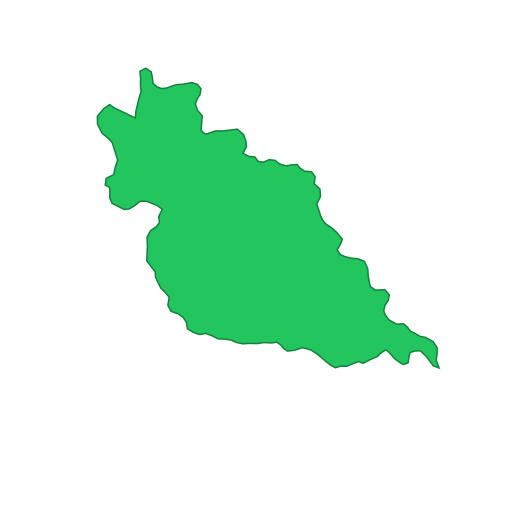 Munhoz, Minas Gerais, Brazil (Mercator projection), rotated 41°
{"feature_id": "56859067B13523271218385", "entity_name": "Munhoz", "entity_type": "district", "adm_level": 2, "iso_a3": "BRA", "parent_name": "Brazil", "parent_adm1": "Minas Gerais", "projection": "mercator", "projection_center": [-46.3, -22.635], "detail": "fine", "context": "isolated", "style": "filled", "palette": "green", "viewbox_px": 512, "rotation_deg": 41, "n_neighbors": 0, "source": "geoboundaries", "source_scale": "gbopen_adm2", "svg_char_len": 2392}
<svg xmlns="http://www.w3.org/2000/svg" viewBox="0 0 512 512"><g transform="rotate(41 256 256)"><path d="M49.6,186.6L47.2,192.8L52.4,197.7L56.7,202.8L61.4,207.4L64.7,214.7L70.3,225.4L74.4,231.0L58.7,235.3L51.9,237.2L46.2,237.7L44.4,244.3L44.6,254.6L49.9,260.5L59.4,264.3L67.9,264.1L73.2,264.8L88.7,274.4L91.9,282.2L95.2,287.9L92.0,295.7L95.7,301.4L100.5,300.3L104.0,303.9L107.7,308.3L112.9,310.7L119.5,309.0L126.0,307.4L129.5,303.6L131.5,297.2L132.7,290.6L137.5,286.5L141.9,284.9L148.5,282.7L154.6,282.2L156.7,290.1L161.2,294.1L161.5,299.8L159.7,306.0L161.5,313.4L167.4,319.6L171.7,325.0L176.7,331.3L184.0,332.9L190.4,334.2L193.9,337.8L199.8,340.5L205.2,342.7L210.3,342.9L217.5,344.1L221.8,351.0L228.2,353.5L235.4,350.7L241.3,350.2L246.9,351.6L252.0,356.0L258.7,354.8L264.8,352.4L268.8,347.5L275.0,345.1L281.8,343.4L286.7,339.4L292.3,335.8L297.7,334.2L303.5,331.0L308.8,325.9L314.5,321.2L318.6,316.3L324.8,311.4L328.3,307.4L333.0,306.9L337.5,307.7L342.1,307.1L346.8,302.0L351.3,294.6L359.1,290.9L367.0,289.8L374.5,289.8L383.6,289.5L389.3,288.2L392.0,283.8L396.8,279.7L399.8,273.7L402.6,268.4L407.3,266.7L410.1,259.4L413.6,252.2L413.9,247.2L415.6,241.5L421.1,241.5L427.8,242.6L433.6,242.1L438.3,241.3L440.9,236.9L437.9,232.1L435.6,227.7L438.3,223.4L442.3,219.7L450.3,220.1L457.1,221.5L461.8,222.6L467.6,220.4L460.4,216.4L456.4,210.4L452.9,206.4L445.8,204.4L437.1,206.3L432.6,209.0L426.8,210.1L421.8,211.4L417.1,210.4L411.8,210.4L406.8,215.2L398.6,216.9L392.5,215.8L388.2,213.4L385.6,208.2L385.0,202.8L382.1,197.9L375.3,196.9L368.6,203.3L362.3,204.1L357.3,200.3L353.4,197.1L349.0,192.5L341.5,188.9L334.8,191.2L329.5,195.0L324.0,197.9L319.0,199.6L313.2,198.1L312.0,191.5L310.1,186.6L305.5,186.0L300.8,185.2L294.2,185.2L287.8,186.0L282.2,185.1L277.5,182.7L273.2,180.1L267.7,176.8L265.6,168.7L260.3,163.5L252.7,163.3L248.5,157.3L242.5,156.0L237.3,160.0L231.9,160.8L227.0,160.0L223.0,164.0L219.7,168.1L213.4,171.1L207.7,171.3L202.7,174.7L200.0,180.4L195.5,183.2L190.2,182.0L185.1,185.5L178.7,187.0L177.2,179.8L172.7,175.7L166.9,172.5L158.7,172.5L152.5,179.5L147.9,184.4L143.6,187.9L140.7,192.8L138.0,197.4L132.1,197.2L127.5,190.9L123.5,185.5L116.2,184.4L110.4,180.9L108.5,175.6L107.7,170.4L104.7,165.9L99.2,164.9L93.7,167.3L88.4,174.1L84.4,177.9L81.4,182.2L78.9,187.1L75.1,191.5L70.3,193.3L64.9,193.1L60.9,189.5L56.2,185.8L49.6,186.6Z" fill="#22c55e" stroke="#15803d" stroke-width="1.5"/></g></svg>